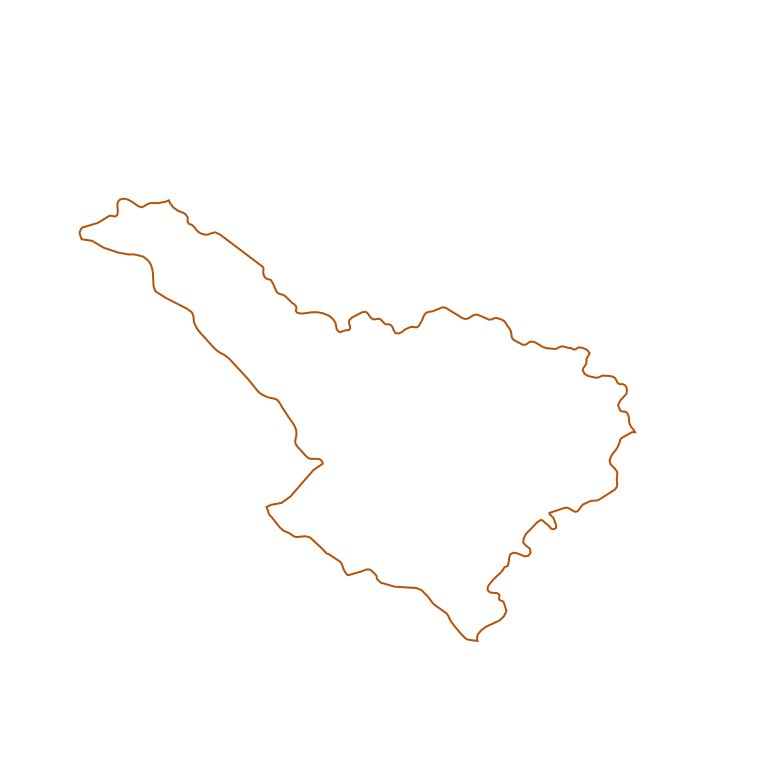 map outline of Bayan-Ölgiy (Albers equal-area conic projection), rotated 157°
{"feature_id": "MNG-3208", "entity_name": "Bayan-Ölgiy", "entity_type": "Province", "adm_level": 1, "iso_a3": "MNG", "parent_name": "Mongolia", "parent_adm1": "", "projection": "albers", "projection_center": [89.851, 48.282], "detail": "fine", "context": "isolated", "style": "outline", "palette": "amber", "viewbox_px": 768, "rotation_deg": 157, "n_neighbors": 0, "source": "natural_earth", "source_scale": "10m", "svg_char_len": 5266}
<svg xmlns="http://www.w3.org/2000/svg" viewBox="0 0 768 768"><g transform="rotate(157 384 384)"><path d="M179.7,306.4L172.8,303.0L170.7,301.5L169.2,299.5L168.8,298.1L168.7,294.8L168.3,293.3L167.4,292.2L166.3,291.4L164.1,290.4L162.4,288.4L162.2,285.6L163.1,282.7L164.6,280.3L172.9,276.5L176.8,273.1L177.0,267.3L175.4,265.5L173.4,264.7L171.8,263.3L171.3,259.8L171.9,256.4L172.9,254.2L173.5,251.9L173.3,248.2L171.9,243.4L171.8,241.5L173.9,242.5L175.8,242.7L186.4,241.4L188.4,240.3L190.3,237.8L194.2,234.1L202.5,229.3L206.2,225.6L206.8,221.5L204.9,216.8L203.6,211.9L205.8,207.3L206.9,205.5L208.6,200.3L210.0,198.2L212.7,196.6L231.2,193.5L233.6,193.6L238.7,195.4L241.2,195.6L247.7,195.3L249.7,194.6L254.1,191.8L255.6,191.3L255.7,191.2L257.6,191.5L259.1,192.8L261.8,196.6L263.9,198.7L266.3,199.4L282.0,200.7L282.5,199.8L280.4,194.6L280.6,188.6L280.9,186.1L281.9,184.4L284.1,183.9L286.1,184.8L287.1,186.9L287.9,189.4L289.0,191.7L290.0,193.3L290.7,195.1L291.5,196.6L292.8,197.6L296.8,196.9L312.1,190.4L315.6,187.4L317.8,183.6L316.4,179.6L314.0,175.2L315.0,171.4L318.0,169.5L321.7,170.3L327.6,176.1L330.6,178.1L333.9,178.0L336.6,175.3L338.8,171.3L341.2,168.2L344.7,168.2L349.3,165.1L359.2,161.6L366.0,158.0L368.1,156.1L369.1,153.7L368.0,150.9L366.1,149.6L361.6,147.3L360.3,145.3L360.4,143.9L361.9,142.1L362.0,140.4L361.6,139.5L359.7,137.8L359.2,136.7L359.2,134.7L359.8,128.6L360.1,127.1L361.0,126.2L364.6,123.2L370.0,121.2L384.9,120.7L390.4,119.4L395.5,116.9L398.2,112.8L398.3,111.0L400.7,112.3L406.2,115.6L407.4,116.6L408.0,117.4L408.6,118.5L411.2,125.3L414.2,135.3L415.2,140.2L415.3,141.1L415.4,145.0L415.6,146.0L415.9,148.0L416.6,149.4L423.4,160.3L424.9,163.8L426.7,171.5L427.0,172.4L427.8,173.9L428.5,175.6L429.0,177.3L429.7,179.0L430.4,179.9L431.3,181.0L434.2,183.7L453.3,193.2L464.5,202.3L465.7,204.8L466.6,207.4L466.2,209.0L465.9,210.1L466.1,211.2L466.3,211.9L466.9,213.6L468.7,217.5L469.1,218.2L469.6,218.7L472.3,220.1L478.4,220.3L488.7,221.6L491.3,221.9L492.1,222.4L492.6,223.3L493.1,225.0L493.6,229.5L493.6,230.4L493.5,231.3L493.2,233.0L493.2,233.9L493.2,234.8L493.3,235.8L493.7,237.0L494.3,238.3L501.0,248.5L501.8,249.4L502.8,250.1L503.2,250.7L505.7,257.7L512.1,271.7L513.8,273.1L516.4,274.8L524.1,277.2L525.4,278.0L526.1,278.7L527.0,279.8L529.5,283.8L532.8,287.1L533.9,288.4L534.4,289.4L536.0,292.9L539.6,305.9L540.2,307.1L540.6,308.3L540.8,309.6L540.2,313.5L540.3,316.7L535.0,316.9L524.7,314.6L514.1,317.0L482.7,332.3L471.5,334.6L471.2,336.5L471.5,337.9L472.3,339.4L473.6,340.7L480.8,343.8L482.7,345.5L484.1,348.4L488.2,360.3L488.7,363.4L488.3,365.7L484.1,372.1L482.9,375.8L482.7,379.6L483.3,384.4L484.4,388.8L486.9,402.5L487.3,406.2L487.7,408.5L488.5,411.2L490.3,413.0L495.6,416.8L497.4,418.5L500.5,422.1L501.7,423.8L502.9,426.5L507.2,441.5L516.6,467.8L519.7,473.3L521.9,475.8L524.2,479.1L526.2,483.1L533.8,505.1L534.5,508.3L534.8,512.4L534.7,515.4L533.8,518.3L533.1,520.2L532.7,522.6L533.1,525.5L535.9,530.2L550.9,548.1L558.2,558.6L558.0,563.8L553.2,577.0L552.4,580.6L552.0,584.1L552.2,587.3L553.4,591.0L555.9,595.3L560.8,599.2L564.1,601.3L568.3,602.9L577.4,608.9L588.7,618.9L596.8,629.9L605.8,635.4L605.6,639.3L605.1,642.3L602.6,644.9L600.6,645.9L584.5,644.1L571.0,646.1L569.2,645.3L565.9,643.2L563.9,643.7L562.5,645.1L561.3,647.6L559.2,653.6L557.4,655.9L554.6,657.0L551.1,656.3L547.6,653.8L545.0,650.5L540.6,643.6L538.1,641.4L534.9,641.4L531.7,642.0L528.2,641.8L521.1,638.7L512.8,637.0L510.2,637.1L510.4,635.0L509.1,629.1L505.8,623.8L501.8,619.9L500.3,617.6L499.6,614.4L499.9,613.1L501.2,610.7L501.4,609.5L500.9,607.8L500.2,606.9L499.3,606.2L498.4,605.1L497.3,602.2L496.6,599.4L495.6,596.8L493.9,594.3L491.7,592.3L489.4,590.9L486.9,590.2L484.3,590.3L480.0,589.5L476.7,585.9L449.9,539.4L449.7,538.2L449.9,537.0L450.6,536.0L451.7,533.6L452.2,530.9L451.8,528.3L450.5,526.3L447.6,524.2L446.9,520.0L447.0,514.9L446.7,510.1L445.2,508.0L441.7,505.1L440.3,502.9L437.1,495.0L435.6,492.7L434.4,489.5L435.5,487.3L436.7,485.6L436.2,483.8L433.9,482.0L431.6,480.7L421.7,478.0L416.8,475.8L412.1,472.6L408.1,468.5L406.8,466.3L405.5,463.2L404.8,459.8L405.2,456.9L406.1,453.4L405.6,450.5L404.0,448.8L399.5,448.7L395.3,447.4L393.5,448.3L392.7,450.2L392.6,452.4L392.2,454.5L390.8,456.4L387.4,457.7L376.1,458.6L372.7,457.6L371.5,455.8L370.6,451.2L369.7,449.1L368.0,447.3L364.3,446.5L362.5,445.6L361.3,443.6L360.4,440.9L359.5,438.6L358.0,437.7L356.2,437.2L354.8,435.7L354.0,433.5L354.1,430.8L353.7,426.4L350.5,424.7L346.4,424.9L343.4,426.0L338.1,426.1L336.4,425.9L332.1,423.5L330.5,423.4L328.4,424.4L323.2,428.6L321.4,430.6L318.7,432.6L316.0,433.1L310.6,431.9L300.7,431.8L297.7,430.4L285.8,413.7L284.2,412.3L281.2,411.4L275.1,412.3L272.3,412.1L269.2,409.7L262.3,402.3L259.3,401.2L256.6,401.5L254.5,400.7L250.4,397.2L248.8,394.9L248.0,392.0L247.6,388.9L246.8,385.9L246.6,382.7L248.2,376.8L247.5,374.0L241.0,366.0L238.5,364.8L236.4,365.1L234.3,365.7L231.9,365.6L228.5,363.2L223.2,355.9L220.4,353.5L213.1,349.5L211.3,349.1L207.6,349.4L205.8,349.2L204.0,348.3L200.6,345.5L197.7,343.9L196.1,341.8L195.1,341.2L194.0,341.1L191.5,341.6L190.2,341.5L186.8,339.5L183.6,335.8L182.7,331.9L186.2,329.2L187.7,328.1L188.6,326.3L189.3,324.6L190.0,323.5L194.8,320.4L195.7,319.0L195.4,314.9L192.8,311.5L186.8,307.1L184.4,306.2L179.7,306.4Z" fill="none" stroke="#b45309" stroke-width="2"/></g></svg>